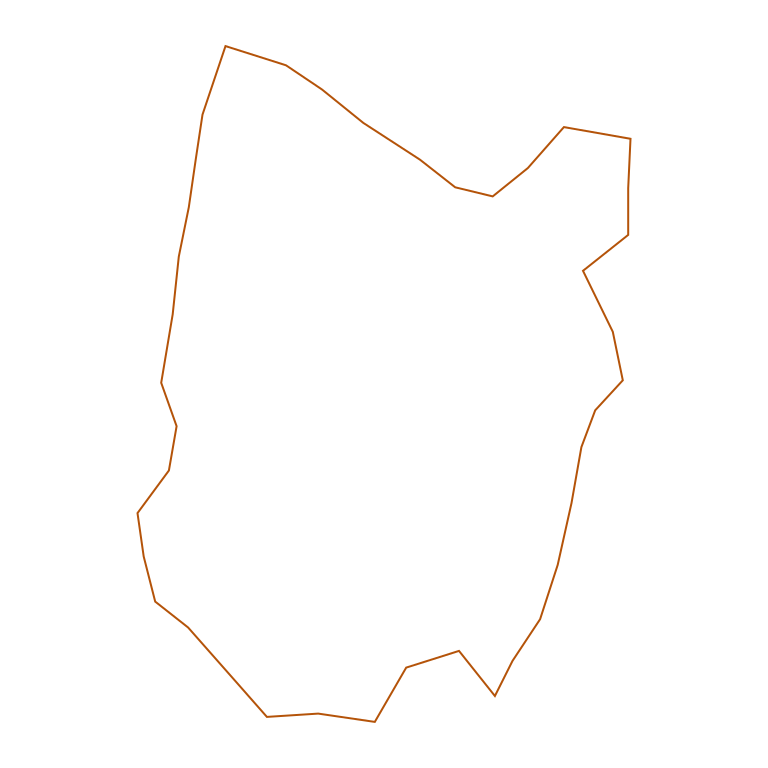 outline of São Caetano do Sul, São Paulo, Brazil
{"feature_id": "56859067B69801907624769", "entity_name": "São Caetano do Sul", "entity_type": "district", "adm_level": 2, "iso_a3": "BRA", "parent_name": "Brazil", "parent_adm1": "São Paulo", "projection": "albers", "projection_center": [-46.565, -23.625], "detail": "fine", "context": "isolated", "style": "outline", "palette": "amber", "viewbox_px": 768, "rotation_deg": 0, "n_neighbors": 0, "source": "geoboundaries", "source_scale": "gbopen_adm2", "svg_char_len": 616}
<svg xmlns="http://www.w3.org/2000/svg" viewBox="0 0 768 768"><path d="M630.5,138.8L563.9,127.1L527.9,168.0L492.7,196.4L455.2,187.3L420.0,159.7L363.3,122.9L322.0,89.5L286.0,65.3L225.5,46.1L202.5,114.6L195.7,159.7L188.8,207.3L178.8,256.6L172.7,314.3L161.2,382.8L176.6,426.2L168.9,470.5L137.5,513.1L143.7,556.5L155.2,601.6L188.1,627.5L229.4,674.3L266.9,716.9L318.2,713.6L374.8,721.9L406.2,667.6L459.0,650.9L494.9,696.0L512.5,660.9L540.1,619.2L557.7,564.9L571.5,503.1L581.4,447.1L595.2,410.3L622.8,380.3L612.8,331.8L583.0,270.8L628.2,234.9L628.2,188.1L630.5,138.8Z" fill="none" stroke="#b45309" stroke-width="2"/></svg>